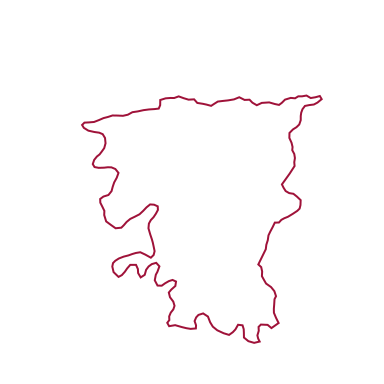 outline of Quilombo, Santa Catarina, Brazil, rotated 110°
{"feature_id": "56859067B6043362260272", "entity_name": "Quilombo", "entity_type": "district", "adm_level": 2, "iso_a3": "BRA", "parent_name": "Brazil", "parent_adm1": "Santa Catarina", "projection": "natural_earth1", "projection_center": [-52.706, -26.741], "detail": "fine", "context": "isolated", "style": "outline", "palette": "rose", "viewbox_px": 384, "rotation_deg": 110, "n_neighbors": 0, "source": "geoboundaries", "source_scale": "gbopen_adm2", "svg_char_len": 3117}
<svg xmlns="http://www.w3.org/2000/svg" viewBox="0 0 384 384"><g transform="rotate(110 192 192)"><path d="M196.6,271.9L199.2,267.6L204.4,267.6L209.6,268.4L214.1,268.3L218.7,267.9L223.4,269.5L226.6,273.7L230.0,275.9L233.4,274.5L236.5,271.2L239.7,267.9L243.7,266.6L249.0,262.6L250.6,257.2L252.2,251.4L249.7,246.2L246.5,244.7L242.5,243.2L238.4,240.8L234.9,237.4L230.9,233.7L226.4,231.4L222.0,229.5L218.0,227.1L216.9,223.3L217.2,219.3L220.5,217.9L224.7,218.5L228.8,219.5L232.5,221.1L236.4,221.7L241.0,220.5L246.2,216.7L250.2,213.5L253.0,211.5L256.5,209.3L260.4,206.9L264.3,206.5L267.8,208.2L266.8,214.5L266.3,220.0L268.5,223.9L270.7,226.9L273.3,230.0L276.1,234.1L279.5,238.0L282.9,240.6L285.8,241.9L289.3,241.4L294.1,238.3L296.9,232.0L294.1,229.5L289.9,227.8L286.0,226.8L281.6,225.1L279.6,219.7L282.9,216.5L286.6,214.9L289.8,211.0L286.0,208.1L280.8,208.5L276.8,207.3L273.5,205.1L270.8,201.4L273.0,197.2L278.8,197.2L282.1,197.7L287.7,196.8L291.7,192.4L290.4,188.4L286.9,186.0L283.6,183.2L281.3,180.2L281.6,176.4L286.0,175.5L290.8,178.1L294.4,179.4L298.4,176.7L301.4,172.1L304.9,169.5L308.7,169.4L312.6,170.7L316.7,170.9L320.1,169.5L323.4,170.5L325.9,167.6L322.9,162.3L322.4,155.3L321.9,150.7L321.1,146.5L318.9,141.7L315.9,142.6L312.4,145.4L308.4,145.2L305.3,143.9L302.3,140.0L303.6,134.4L308.2,130.4L311.4,126.4L313.3,121.0L313.9,113.9L313.6,108.3L309.8,105.7L306.3,104.2L301.0,103.3L300.0,98.9L303.2,96.5L306.3,95.2L311.0,93.4L312.9,88.0L312.5,82.0L309.4,77.3L307.1,79.7L304.4,81.5L299.6,81.8L296.0,83.3L293.0,81.9L291.0,75.5L292.7,70.8L285.5,65.8L281.5,70.0L277.5,73.7L273.9,75.1L269.2,76.4L264.5,77.8L261.2,77.4L257.0,80.7L254.3,85.2L252.7,91.1L250.0,94.3L247.2,97.5L242.7,98.9L238.9,101.3L237.4,104.9L220.5,103.1L216.2,104.1L211.4,104.3L206.6,105.3L202.4,104.9L197.4,104.2L192.4,103.7L191.0,99.9L187.6,98.5L185.1,96.3L182.5,93.4L177.9,89.7L173.7,86.6L170.8,85.2L167.2,85.6L162.5,87.1L160.4,91.9L159.0,96.1L159.8,100.3L159.1,104.3L156.6,107.5L154.1,110.1L141.3,106.5L132.5,104.5L129.0,106.1L124.9,106.9L121.3,108.9L118.4,112.1L115.3,112.9L111.7,115.3L107.9,119.0L103.2,120.6L98.6,118.5L95.4,116.0L91.9,114.3L87.3,114.4L83.4,115.8L80.1,116.5L76.4,116.5L72.5,115.3L70.2,111.5L68.1,107.4L65.1,104.7L60.4,101.9L58.1,104.7L60.8,108.5L63.1,112.6L62.2,117.4L64.4,121.2L65.7,124.8L68.7,127.2L69.8,131.4L73.4,136.2L77.5,138.1L80.4,140.0L81.0,144.3L81.4,150.1L84.4,156.9L88.3,160.8L87.4,165.8L85.6,169.5L87.5,174.1L86.8,180.0L90.6,184.2L93.6,189.5L96.1,194.6L98.2,198.7L101.7,201.4L104.5,203.5L104.9,208.2L105.4,211.9L106.5,217.5L104.2,221.7L106.4,226.8L106.7,232.0L106.7,237.2L109.7,240.8L111.0,244.4L113.0,248.8L116.4,253.3L121.3,251.6L125.0,251.8L127.0,255.8L129.1,260.6L131.7,265.6L134.8,270.5L137.4,275.3L141.3,278.7L144.0,282.9L145.9,288.9L147.3,292.9L150.2,296.6L152.8,300.4L156.2,304.0L159.7,308.0L162.0,313.0L163.6,316.8L166.6,318.2L168.7,315.6L169.8,310.4L169.0,304.2L168.0,299.5L168.2,295.7L171.0,292.2L175.8,289.9L180.8,289.5L184.8,290.6L188.3,291.7L191.2,293.5L195.3,294.9L199.7,294.8L201.9,292.1L201.2,287.9L199.2,282.9L197.6,279.7L196.4,276.2L196.6,271.9Z" fill="none" stroke="#9f1239" stroke-width="2"/></g></svg>